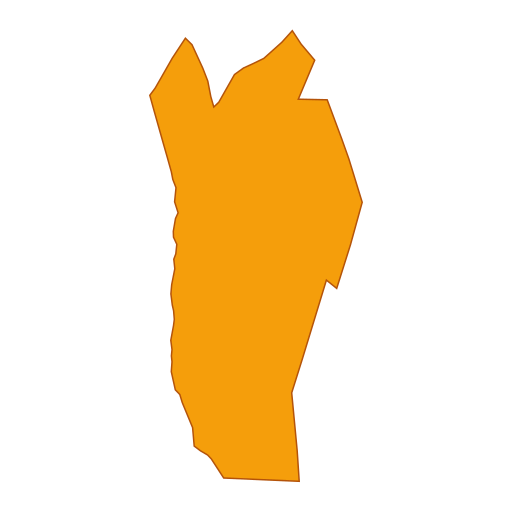 Marilena, Paraná, Brazil (Natural Earth projection)
{"feature_id": "56859067B17884571098695", "entity_name": "Marilena", "entity_type": "district", "adm_level": 2, "iso_a3": "BRA", "parent_name": "Brazil", "parent_adm1": "Paraná", "projection": "natural_earth1", "projection_center": [-53.085, -22.737], "detail": "fine", "context": "isolated", "style": "filled", "palette": "amber", "viewbox_px": 512, "rotation_deg": 0, "n_neighbors": 0, "source": "geoboundaries", "source_scale": "gbopen_adm2", "svg_char_len": 916}
<svg xmlns="http://www.w3.org/2000/svg" viewBox="0 0 512 512"><path d="M185.4,38.2L172.3,58.1L160.8,78.3L155.1,88.2L149.8,95.3L154.0,110.5L163.3,143.4L167.3,157.4L171.3,171.7L172.8,179.4L176.0,187.7L174.6,201.8L178.1,212.8L175.5,218.5L173.3,231.3L173.5,237.2L176.8,244.3L175.8,253.9L173.8,259.2L174.8,268.8L171.7,284.6L170.9,293.9L172.3,305.1L173.6,310.8L174.3,319.4L173.5,325.7L170.8,340.3L172.0,349.6L171.4,355.9L172.0,361.8L171.3,371.7L175.3,389.8L179.8,394.5L182.3,402.7L192.6,427.6L194.2,446.1L200.6,450.9L207.6,455.0L211.3,458.9L223.7,478.0L299.2,481.3L297.2,450.9L291.7,392.8L302.3,359.1L326.4,280.1L336.7,288.4L350.4,245.0L362.2,202.3L348.9,159.0L341.7,138.8L327.2,99.8L298.3,99.2L314.7,60.2L301.1,44.1L292.3,30.7L281.8,42.3L263.8,58.4L252.7,63.8L243.5,68.0L234.5,74.5L218.8,102.2L213.8,107.0L210.8,96.6L207.8,81.1L202.8,68.2L192.0,44.7L185.4,38.2Z" fill="#f59e0b" stroke="#b45309" stroke-width="1.5"/></svg>